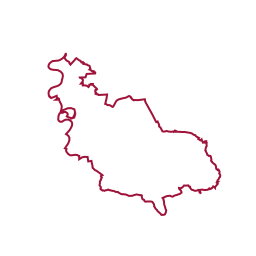 the district of Miresu Mare, Maramures, Romania, rotated 336°
{"feature_id": "2599482B2877681477100", "entity_name": "Miresu Mare", "entity_type": "district", "adm_level": 2, "iso_a3": "ROU", "parent_name": "Romania", "parent_adm1": "Maramures", "projection": "natural_earth1", "projection_center": [23.369, 47.496], "detail": "fine", "context": "isolated", "style": "outline", "palette": "rose", "viewbox_px": 256, "rotation_deg": 336, "n_neighbors": 0, "source": "geoboundaries", "source_scale": "gbopen_adm2", "svg_char_len": 5755}
<svg xmlns="http://www.w3.org/2000/svg" viewBox="0 0 256 256"><g transform="rotate(336 128 128)"><path d="M192.9,198.1L192.7,197.5L192.7,196.9L191.3,194.4L190.9,193.2L191.1,192.9L190.6,191.9L190.7,191.4L191.5,190.5L191.6,189.5L191.9,188.6L192.0,187.3L191.9,187.0L191.0,186.4L190.6,186.5L189.5,184.5L189.8,183.8L189.6,181.4L189.8,180.5L189.5,180.0L190.9,177.9L191.5,177.2L192.4,176.7L192.9,175.6L193.1,174.7L193.9,173.4L192.9,173.0L193.9,171.8L192.4,171.4L191.7,172.0L190.6,172.0L190.4,169.9L190.6,168.3L189.2,168.8L189.1,168.7L187.7,166.6L188.8,165.9L187.1,163.8L186.6,162.9L186.6,162.0L185.1,160.7L184.1,158.9L183.0,157.9L178.0,154.6L175.5,153.5L171.2,151.3L170.2,150.9L170.7,150.3L170.5,150.0L169.7,149.4L168.9,149.9L168.2,150.1L168.1,149.6L166.6,149.3L164.9,148.5L163.4,147.6L162.2,146.5L160.3,146.2L160.0,146.0L159.3,145.9L158.1,145.0L157.9,141.3L157.7,140.5L157.2,139.7L157.1,138.9L157.7,138.0L157.7,134.1L156.2,134.1L156.1,133.5L155.8,126.6L154.5,111.6L154.6,110.4L155.1,108.6L148.4,106.6L145.8,105.3L144.5,105.0L144.2,104.5L144.3,104.3L143.7,103.8L143.5,103.5L143.3,101.7L143.0,101.5L143.2,101.2L143.2,100.9L142.9,100.6L142.7,100.0L142.0,99.2L138.1,99.4L136.3,98.9L131.4,98.1L129.6,98.2L128.9,98.3L127.8,98.9L123.4,102.3L122.6,102.5L122.3,102.4L122.0,101.7L120.7,99.8L118.5,98.6L117.8,97.3L117.0,96.7L120.4,92.3L122.5,88.9L114.6,85.9L114.2,85.0L113.5,84.8L113.4,84.3L112.7,83.9L113.1,83.6L113.3,83.1L113.2,82.9L112.7,82.9L113.0,82.4L113.0,82.0L112.8,81.7L113.2,80.7L113.8,80.0L114.4,80.3L115.5,80.0L115.5,79.5L113.3,74.2L113.8,73.5L112.2,72.7L111.8,73.4L110.3,72.7L109.5,74.0L108.6,74.5L107.5,72.6L105.7,71.4L104.0,70.7L104.9,69.0L103.1,68.3L104.4,67.6L105.2,67.5L105.9,66.6L106.4,65.5L105.9,64.0L105.3,63.1L104.5,62.5L104.5,62.3L109.8,64.4L112.2,61.8L120.1,64.8L120.5,64.5L120.6,63.8L119.4,62.8L119.9,62.4L119.9,62.2L118.1,61.2L118.0,60.8L117.5,60.2L117.5,59.6L117.1,59.3L117.4,58.9L116.9,58.7L117.4,58.4L117.8,57.8L118.0,56.4L118.2,55.9L118.1,55.5L116.5,54.0L116.4,53.6L116.4,53.4L113.2,51.2L113.4,50.7L113.8,50.5L113.1,50.0L113.4,49.4L112.1,49.1L111.9,47.2L111.1,46.6L109.2,43.2L107.7,43.7L107.2,44.1L101.2,46.7L100.8,45.1L101.2,44.2L100.8,43.3L99.5,41.7L99.1,40.8L98.4,37.9L100.8,36.3L100.8,36.1L101.3,35.4L101.6,34.1L101.2,35.0L100.0,36.0L98.8,36.9L96.4,37.8L93.3,38.2L91.7,38.0L86.2,36.2L84.1,36.6L82.6,37.1L81.6,37.8L81.0,38.4L80.4,39.3L80.2,40.2L80.4,41.2L81.1,42.7L83.0,44.2L86.7,46.2L87.5,46.7L89.4,49.1L90.2,51.6L90.1,52.5L89.7,53.9L88.3,56.0L87.3,57.1L85.8,59.3L84.5,60.2L83.5,60.6L81.7,60.9L80.1,60.9L77.3,60.5L74.4,60.4L73.8,60.5L71.7,61.5L70.9,62.1L70.1,62.9L69.2,65.0L68.9,66.5L68.9,67.2L69.2,68.0L69.6,67.9L70.0,69.4L75.9,69.6L75.6,70.5L75.6,70.9L75.3,71.3L75.2,71.8L75.7,72.1L74.7,72.6L73.5,72.8L74.5,73.3L76.2,73.4L76.8,73.6L76.4,74.7L76.4,76.9L76.6,78.8L76.5,80.3L76.2,81.5L74.6,84.1L73.4,85.4L74.8,85.5L76.1,85.3L81.2,85.5L84.1,86.7L86.6,89.1L85.9,92.7L85.6,92.6L84.3,94.4L83.6,94.9L84.5,95.0L83.1,96.6L80.0,96.3L80.1,95.7L78.1,94.1L76.8,92.5L78.2,91.5L78.6,90.8L78.5,89.5L77.4,87.9L75.6,87.2L75.4,87.2L74.7,87.6L73.0,86.8L72.4,86.7L71.2,87.0L69.4,88.7L67.6,92.1L68.0,93.9L68.4,94.5L70.2,95.4L72.9,95.0L74.1,95.0L75.5,95.4L76.5,95.9L77.3,96.4L78.6,98.3L79.0,99.7L79.0,100.6L78.2,102.5L77.0,103.8L75.5,105.0L73.6,106.3L68.9,108.4L69.7,109.5L70.4,111.1L70.5,113.1L69.4,115.4L67.1,117.8L62.1,120.9L63.3,122.1L62.4,123.3L62.1,123.9L62.2,125.0L62.8,127.4L64.0,129.3L65.1,129.9L69.3,131.2L70.7,132.1L71.3,133.0L71.6,133.7L72.0,133.8L70.7,136.7L74.2,136.1L76.8,136.8L79.3,138.0L78.1,142.4L81.2,143.2L80.3,147.1L80.2,148.4L79.7,149.1L79.5,150.1L79.9,150.8L80.4,152.4L80.8,153.2L81.7,154.1L85.4,160.4L85.5,160.8L83.7,160.9L83.6,162.7L83.7,162.8L82.9,163.3L82.6,163.8L82.2,164.1L82.2,164.4L80.6,165.3L79.9,167.1L78.8,168.5L78.7,169.1L79.1,170.5L79.1,171.2L78.9,171.5L78.4,171.9L78.1,172.5L78.1,172.9L78.6,173.5L78.8,173.7L79.0,174.0L79.0,174.5L79.3,174.8L80.3,175.1L80.9,175.8L82.3,175.8L83.5,176.2L84.2,176.1L85.1,176.3L85.4,177.0L86.1,177.5L86.5,177.6L87.0,178.2L87.5,178.4L87.9,178.9L89.4,179.7L90.8,181.4L91.3,181.5L92.1,182.2L92.7,182.3L93.0,182.7L93.3,183.5L95.0,185.7L95.6,185.9L96.3,186.5L97.2,186.7L98.0,187.4L98.6,187.6L100.3,189.2L100.7,189.9L101.1,190.3L104.4,191.7L106.0,191.7L106.9,191.9L108.6,192.1L110.7,193.5L111.4,194.1L113.1,194.9L113.2,195.4L112.7,196.1L112.5,196.9L112.3,198.8L112.4,199.1L113.4,200.1L113.5,200.8L113.4,201.7L114.1,202.5L115.6,202.9L117.9,203.9L119.7,204.9L120.2,205.4L120.7,208.2L120.4,209.5L120.0,210.0L120.0,210.5L120.3,211.3L120.3,212.8L121.1,214.7L121.2,216.1L121.8,217.0L122.0,217.8L122.8,219.3L123.2,221.0L124.0,221.2L124.6,221.6L125.5,221.9L126.6,221.9L128.5,220.2L129.4,218.8L129.4,217.1L129.8,214.7L129.9,212.9L130.5,211.0L131.1,209.6L131.1,208.5L131.5,207.2L131.1,206.4L131.1,206.0L135.7,206.0L138.7,206.9L139.3,207.5L139.6,208.0L140.9,208.9L142.7,208.6L145.9,209.1L146.8,209.0L147.9,209.3L150.5,208.9L150.8,208.3L150.9,207.6L150.8,206.5L150.5,205.9L150.0,204.2L150.2,203.5L151.8,204.5L152.3,204.6L154.7,203.9L155.8,203.3L157.3,204.1L159.8,205.0L159.8,206.1L160.8,206.9L160.4,207.8L160.7,208.8L160.8,209.7L161.3,210.5L162.4,211.3L163.1,212.2L164.0,212.8L165.5,213.2L166.8,213.1L167.5,214.9L167.5,215.5L167.2,215.9L167.6,216.8L168.0,216.7L168.0,214.9L167.8,214.2L168.0,213.6L170.8,214.5L172.8,215.9L175.6,216.8L177.0,216.7L177.2,216.9L177.7,216.6L177.5,216.3L177.8,216.2L178.2,216.5L178.6,217.2L179.8,217.2L180.1,217.0L180.5,217.0L182.1,216.0L182.6,216.7L183.1,218.0L183.3,217.5L187.3,215.5L186.9,214.4L187.9,214.0L187.5,213.9L187.2,213.6L187.9,213.1L188.3,212.4L190.2,211.4L191.4,210.3L192.2,210.1L193.0,208.8L193.2,208.0L192.8,206.7L193.5,205.8L193.9,205.0L193.9,204.5L193.8,203.2L193.5,202.6L192.9,203.0L192.0,201.3L192.9,198.1Z" fill="none" stroke="#9f1239" stroke-width="2"/></g></svg>